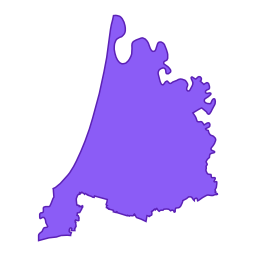 Quang Xuong, Thanh Hóa, Vietnam, rotated 180°
{"feature_id": "81297802B40676303665635", "entity_name": "Quang Xuong", "entity_type": "district", "adm_level": 2, "iso_a3": "VNM", "parent_name": "Vietnam", "parent_adm1": "Thanh Hóa", "projection": "robinson", "projection_center": [105.774, 19.675], "detail": "fine", "context": "isolated", "style": "filled", "palette": "violet", "viewbox_px": 256, "rotation_deg": 180, "n_neighbors": 0, "source": "geoboundaries", "source_scale": "gbopen_adm2", "svg_char_len": 5646}
<svg xmlns="http://www.w3.org/2000/svg" viewBox="0 0 256 256"><g transform="rotate(180 128 128)"><path d="M40.3,64.6L40.7,65.2L40.9,66.3L39.7,68.5L39.2,72.3L39.2,74.0L39.3,74.2L39.7,74.4L41.3,74.1L41.9,74.4L42.0,74.7L40.8,77.2L40.8,78.0L41.5,78.4L43.5,78.3L44.3,78.5L44.7,79.2L44.9,81.1L45.1,81.5L47.7,81.8L48.7,82.5L49.7,84.5L50.1,86.0L49.7,87.6L49.9,89.8L48.8,91.4L48.9,92.1L49.9,94.0L49.9,94.4L49.6,95.0L48.6,96.7L46.6,98.5L46.3,101.1L45.8,102.0L44.4,102.7L41.9,103.3L41.4,103.8L41.4,104.2L41.5,104.5L44.5,105.9L44.9,106.6L45.0,106.9L44.9,107.6L44.6,108.3L42.8,110.5L41.5,112.6L40.5,115.2L40.3,116.2L40.5,117.2L40.7,117.8L42.4,119.6L43.0,120.0L44.9,120.7L46.0,121.4L47.2,123.4L47.7,125.5L49.4,126.0L50.1,126.5L50.4,127.3L47.0,128.9L46.2,129.9L46.1,131.6L46.6,132.8L47.5,133.2L48.8,133.0L51.9,131.1L53.8,133.8L54.6,134.3L55.4,134.4L57.0,134.1L58.2,134.3L59.0,135.0L60.0,138.1L60.7,139.5L63.1,143.1L57.3,146.6L54.6,148.0L54.1,147.9L50.2,144.7L49.4,144.0L48.6,142.5L47.6,141.8L46.9,141.9L46.3,142.3L44.9,144.4L43.9,146.5L41.2,151.5L40.9,152.5L40.7,154.5L40.9,155.9L41.2,156.8L41.5,157.1L42.1,157.2L42.6,157.1L43.2,156.6L43.9,155.7L45.3,152.6L45.9,152.3L48.6,152.5L50.0,153.0L51.1,153.8L51.7,154.9L51.6,156.3L51.0,157.2L47.6,159.4L45.5,161.3L45.1,161.9L45.1,162.5L45.4,162.9L46.4,163.1L48.9,162.6L49.8,162.8L50.5,163.6L50.5,164.5L50.2,165.2L49.2,166.0L47.1,166.9L46.5,167.9L46.5,169.2L46.7,170.2L47.4,172.4L48.2,173.1L48.8,173.3L49.3,173.3L50.9,172.5L52.1,171.6L55.7,174.9L54.8,175.8L54.6,176.9L54.6,177.4L54.9,178.2L55.7,179.1L57.0,179.4L58.0,179.0L59.9,177.2L60.4,177.0L61.0,177.2L63.8,179.0L64.4,179.0L64.8,178.6L64.8,177.4L63.6,174.8L63.1,173.2L63.3,171.5L63.9,170.0L66.3,165.6L66.8,165.2L67.5,165.0L68.3,165.1L69.0,165.8L69.3,166.4L69.3,168.1L68.7,169.5L68.3,171.0L68.4,172.0L69.2,173.6L70.3,175.1L71.1,175.8L74.0,176.8L75.7,177.0L77.6,176.5L79.1,175.6L83.2,174.0L84.9,172.7L85.9,172.5L87.0,173.1L88.5,174.8L89.2,174.9L90.6,174.1L91.9,172.2L93.0,171.2L93.8,171.3L94.4,171.7L95.0,172.4L95.9,174.6L97.7,181.5L97.9,183.0L97.7,184.2L97.2,185.5L96.5,186.4L95.0,187.4L93.0,188.1L92.0,187.9L91.1,187.4L90.4,186.2L90.0,183.2L89.6,182.5L89.0,182.2L87.5,182.3L85.9,183.6L85.4,184.1L85.3,184.6L85.3,185.5L85.5,186.1L86.5,187.6L88.1,189.3L91.4,191.6L91.9,191.9L92.2,192.5L92.3,193.3L92.0,194.2L91.5,194.7L89.5,195.7L89.0,196.1L88.5,197.2L88.3,197.7L88.3,201.5L88.6,203.1L89.6,206.4L91.6,211.4L92.3,212.3L93.3,213.2L95.0,214.0L96.9,213.9L98.1,212.9L98.6,211.7L100.3,206.3L101.3,204.9L103.0,204.6L103.6,204.7L104.8,205.9L105.7,207.4L107.7,212.9L108.8,214.8L110.7,216.9L112.8,217.9L113.6,218.1L114.9,217.9L119.9,216.0L122.7,214.4L123.8,212.7L124.1,210.8L124.0,207.4L124.3,202.0L125.1,199.7L126.4,197.1L127.7,195.2L129.9,193.1L130.7,192.7L132.5,192.3L134.0,192.2L135.0,192.6L136.3,193.3L137.5,194.6L138.6,196.1L140.0,199.0L141.1,202.8L141.8,206.8L141.7,210.1L141.4,212.4L140.6,214.5L140.0,215.9L138.8,217.2L136.3,218.7L134.4,219.3L133.0,220.6L131.6,222.3L131.0,223.8L130.7,225.3L130.7,227.9L131.0,230.2L132.0,233.8L133.7,237.1L134.8,238.5L136.3,239.7L138.8,240.4L140.3,240.6L142.5,240.4L143.4,236.1L144.6,231.5L145.5,226.7L149.3,198.5L152.0,184.2L156.7,162.4L163.4,137.7L166.6,127.0L171.0,114.7L175.1,104.7L179.6,94.9L182.4,89.5L186.3,83.2L188.3,80.7L195.7,72.5L200.6,68.5L202.9,67.4L202.6,66.1L202.6,65.2L202.1,58.9L203.0,57.5L204.8,52.8L206.0,50.2L206.5,49.6L207.1,49.4L210.3,49.4L212.1,48.9L212.7,48.0L212.6,44.9L212.8,44.0L213.6,43.4L215.4,43.0L216.0,42.4L216.3,41.7L216.3,39.0L216.2,38.0L215.8,37.5L215.4,37.5L213.5,38.6L212.0,38.5L210.9,37.0L210.6,36.1L210.1,33.2L208.3,29.7L208.6,29.1L209.1,28.7L211.7,28.3L212.1,28.0L212.8,27.0L213.9,24.6L216.4,22.6L217.2,21.5L217.4,20.7L217.4,15.4L207.0,18.2L199.6,19.0L194.9,20.5L188.7,20.8L185.4,20.5L185.3,21.6L184.7,23.3L186.3,23.9L186.8,24.5L186.8,26.0L186.5,27.0L185.9,27.9L185.6,28.1L184.7,27.9L184.2,27.2L184.8,25.8L184.8,25.4L181.1,25.4L181.3,27.5L180.5,28.3L180.6,28.9L179.9,29.7L180.3,32.8L180.1,33.7L180.8,33.9L180.8,35.6L180.3,36.1L178.9,35.5L177.7,35.3L177.1,35.6L177.1,37.8L176.9,38.0L177.8,40.4L179.0,40.6L178.6,43.1L176.3,43.5L174.3,47.0L174.1,47.7L173.2,49.1L173.8,49.7L173.5,50.1L173.8,50.3L174.7,49.3L176.0,49.9L176.2,49.4L176.7,49.5L176.4,50.1L177.2,50.6L178.4,50.7L178.4,51.0L179.2,51.1L179.7,55.9L179.7,57.4L178.4,60.8L177.2,61.7L176.4,61.7L176.2,62.3L176.6,62.8L176.2,63.5L175.5,63.2L175.3,62.6L174.1,63.8L173.2,63.0L172.1,62.6L171.5,61.7L170.5,62.5L168.7,61.1L168.3,61.4L167.8,60.7L164.5,59.6L163.5,58.9L161.9,58.6L161.5,60.0L148.7,56.5L149.1,53.9L149.9,51.5L149.8,51.2L148.9,50.6L149.3,50.4L149.6,48.5L148.5,48.3L148.5,47.6L147.2,47.4L147.2,46.8L144.8,46.3L142.6,45.6L142.5,45.1L142.7,44.2L140.0,43.5L139.6,44.3L138.8,44.0L139.0,43.4L128.8,40.2L128.5,40.7L128.2,40.6L126.7,39.9L126.2,40.4L123.0,40.2L122.5,40.7L121.9,40.7L122.1,41.5L121.5,41.9L119.8,38.9L119.3,38.4L114.8,36.8L110.0,34.5L109.0,40.4L107.8,40.1L106.9,39.5L106.5,39.5L106.2,39.7L106.0,40.3L104.7,40.7L104.2,41.2L104.1,42.9L104.5,44.4L103.6,44.8L103.6,45.3L102.3,45.6L102.3,46.3L101.2,47.0L100.8,47.0L100.5,46.2L99.2,47.5L98.1,45.9L97.1,44.9L96.8,44.7L95.8,45.6L94.6,45.8L93.0,45.8L92.1,46.8L89.4,47.0L87.5,46.8L87.1,46.7L85.4,45.2L84.0,45.9L83.0,45.7L82.3,45.1L81.8,43.9L81.3,43.9L81.1,44.0L80.8,44.5L80.8,46.1L80.6,47.1L80.0,48.0L77.2,48.3L76.1,49.0L75.2,50.1L73.8,53.1L73.2,54.9L73.2,55.4L69.4,57.4L67.4,59.1L65.6,59.2L64.3,58.7L62.5,56.1L61.7,55.4L61.7,56.7L61.4,57.1L60.0,57.8L59.3,57.8L59.1,57.6L58.8,57.1L58.4,55.2L57.6,55.5L53.3,58.5L49.3,60.7L48.1,61.0L44.9,60.5L43.3,60.5L42.7,60.6L41.3,61.3L39.2,61.4L38.6,61.7L38.7,62.3L40.8,63.6L40.8,64.1L40.3,64.6Z" fill="#8b5cf6" stroke="#5b21b6" stroke-width="1.5"/></g></svg>